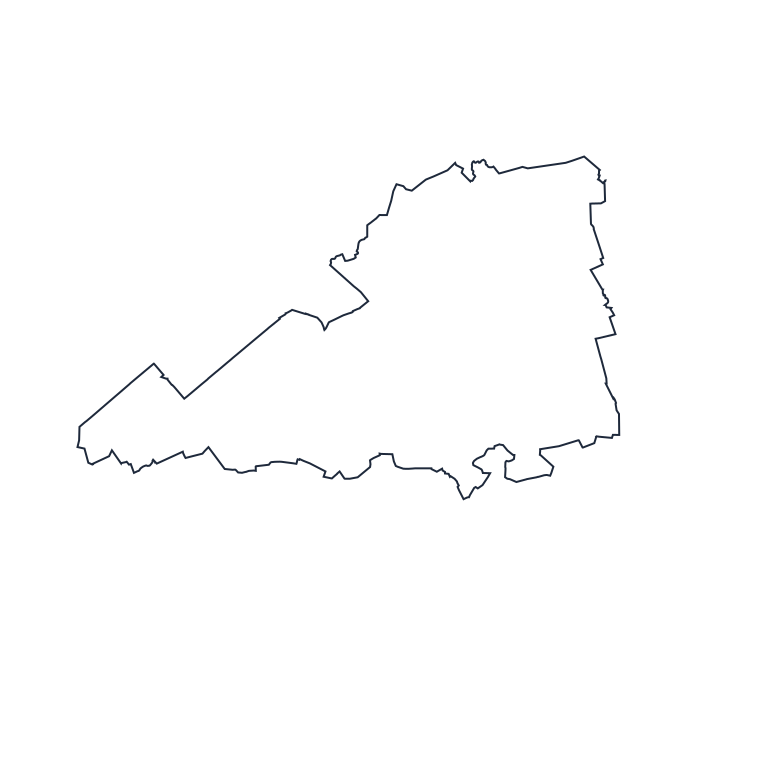 Platones pag., Jelgava, Latvia (Mercator projection), rotated 239°
{"feature_id": "27541924B52007351814960", "entity_name": "Platones pag.", "entity_type": "district", "adm_level": 2, "iso_a3": "LVA", "parent_name": "Latvia", "parent_adm1": "Jelgava", "projection": "mercator", "projection_center": [23.71, 56.549], "detail": "fine", "context": "isolated", "style": "outline", "palette": "slate", "viewbox_px": 768, "rotation_deg": 239, "n_neighbors": 0, "source": "geoboundaries", "source_scale": "gbopen_adm2", "svg_char_len": 6099}
<svg xmlns="http://www.w3.org/2000/svg" viewBox="0 0 768 768"><g transform="rotate(239 384 384)"><path d="M514.0,589.8L514.0,589.0L514.3,588.0L515.4,586.1L516.3,585.3L517.3,585.0L518.7,585.1L519.5,584.4L520.5,584.6L521.4,585.3L523.0,585.5L524.9,584.8L524.9,584.6L525.0,584.3L525.1,583.8L525.2,583.7L525.2,582.5L524.6,581.2L524.4,580.5L524.5,579.9L524.7,579.5L525.5,579.7L526.0,579.6L526.5,578.8L526.5,577.7L526.4,576.6L526.8,576.1L527.3,575.8L528.3,575.9L528.7,575.6L528.7,574.8L528.3,573.8L527.2,572.7L526.7,572.2L525.4,571.7L522.9,569.9L522.3,569.7L520.9,570.2L520.2,570.2L518.6,568.7L518.0,568.5L517.6,568.5L516.2,569.1L514.9,569.1L514.6,568.5L514.5,568.1L513.9,566.6L513.1,565.6L512.9,565.2L512.7,564.1L513.3,563.4L513.6,563.1L513.7,562.8L513.3,562.3L525.1,559.4L527.9,562.7L534.5,558.6L536.9,558.9L534.5,548.6L534.5,548.3L536.4,533.2L537.6,525.5L537.6,524.8L535.4,507.4L539.6,503.2L543.6,502.5L548.8,497.6L548.6,497.3L544.4,491.2L537.4,484.6L532.4,479.0L527.3,473.5L531.2,467.1L530.0,462.8L529.1,455.4L528.9,453.0L528.7,451.4L518.9,445.5L518.8,444.4L519.0,443.4L518.3,441.7L519.1,439.0L519.1,437.3L518.8,436.2L518.1,435.1L517.2,434.2L513.2,431.0L512.9,430.5L512.6,429.7L511.7,428.9L510.4,429.4L510.1,429.4L509.5,429.1L509.2,428.4L509.4,427.0L509.4,426.5L509.6,425.7L507.0,424.9L506.9,422.5L508.4,416.4L509.5,414.1L516.7,415.1L517.1,413.7L517.0,412.4L517.9,409.5L517.9,408.4L517.4,407.5L516.8,406.8L516.8,406.0L517.0,405.4L517.5,404.9L518.0,403.7L517.8,402.6L516.8,401.5L515.7,401.4L514.3,400.3L513.7,399.0L483.4,408.4L479.7,409.8L474.6,411.5L463.1,413.1L461.6,402.3L461.4,402.2L461.9,399.9L462.5,395.2L462.3,395.2L461.9,394.0L462.0,393.3L461.9,393.3L462.0,392.5L462.6,390.4L463.8,384.7L464.0,382.8L464.7,374.7L465.3,368.8L465.1,368.2L462.0,363.5L461.3,361.9L461.0,360.7L461.6,360.8L464.0,361.6L469.0,362.2L475.2,361.0L482.1,355.1L482.3,355.2L483.3,354.4L483.3,354.1L483.7,353.7L484.3,353.5L484.8,353.1L484.6,352.6L494.9,343.4L494.8,342.4L494.9,338.6L495.1,336.5L495.3,336.1L494.7,335.7L494.5,335.2L494.5,334.0L494.6,328.2L493.5,328.3L491.5,313.7L491.3,312.9L488.8,296.8L484.1,266.9L484.0,266.5L480.9,247.1L480.9,246.8L479.2,236.1L478.9,235.2L477.7,227.2L474.8,209.1L474.3,205.2L489.4,202.7L492.3,202.0L492.6,201.6L499.3,200.7L500.1,201.2L501.0,199.8L504.7,196.7L505.3,199.7L519.7,197.3L520.0,197.2L520.0,196.9L515.3,167.1L515.0,165.9L508.5,128.0L507.4,121.7L505.4,109.5L505.4,108.8L505.1,106.8L504.1,100.9L492.8,93.7L487.8,88.8L482.9,94.0L468.8,90.0L465.2,92.5L465.1,93.2L465.6,93.3L463.7,111.2L467.3,116.6L451.2,117.7L451.5,118.1L450.0,122.6L449.9,123.4L446.2,123.9L445.8,125.7L436.6,123.9L436.2,127.8L435.9,128.8L436.0,129.8L436.4,130.4L437.0,131.7L437.2,133.2L437.3,134.9L437.1,136.5L436.7,138.2L435.7,139.0L435.0,140.3L434.8,140.9L434.8,141.5L435.4,143.2L436.1,145.0L436.5,145.5L437.5,146.1L438.0,147.1L435.2,147.7L435.3,147.6L434.6,147.4L434.5,147.8L432.8,148.2L429.6,176.7L428.1,176.2L424.2,175.8L422.8,175.8L421.0,181.9L417.8,192.5L418.9,195.8L420.3,201.0L393.2,203.7L389.0,209.3L388.4,210.1L387.3,212.3L386.6,212.7L383.3,213.4L381.0,216.6L380.0,219.9L379.7,220.6L379.2,223.1L379.0,223.7L376.9,227.8L375.6,229.4L379.3,231.5L379.4,231.8L379.4,232.0L377.9,235.3L374.1,243.7L375.1,246.2L375.1,246.5L375.1,246.9L375.0,247.3L373.5,250.4L371.3,254.3L370.1,256.1L366.0,261.3L362.9,265.2L360.7,267.8L361.4,268.6L363.3,270.4L363.9,271.2L362.6,272.4L363.0,273.1L359.6,275.4L354.1,279.6L339.2,288.8L335.6,284.5L330.1,290.4L329.9,290.7L330.7,294.9L331.1,297.4L331.3,297.6L331.9,300.9L323.3,301.4L323.0,301.6L320.4,305.9L317.6,313.4L320.0,329.3L322.2,331.1L325.8,332.7L325.9,333.7L325.9,337.0L325.1,343.7L326.6,344.4L325.5,345.6L319.5,355.0L312.6,352.6L307.7,351.9L306.0,353.1L301.5,356.9L300.8,357.9L298.8,361.1L296.8,365.0L295.8,367.0L291.1,374.9L287.3,381.2L286.6,380.9L286.4,381.0L281.6,384.1L281.5,390.2L279.6,389.7L277.2,391.0L275.9,390.2L273.7,393.1L270.5,392.7L270.7,393.6L266.4,395.7L262.9,396.3L261.2,395.9L258.5,395.8L257.9,394.1L254.5,393.6L244.3,392.9L243.9,396.7L243.4,398.4L243.2,398.6L244.5,400.4L248.5,407.8L248.5,409.5L246.2,410.6L246.6,416.4L251.0,425.7L251.2,425.9L252.9,429.0L256.8,422.9L258.6,423.4L260.2,423.6L260.7,423.5L264.2,421.5L268.4,418.8L270.4,419.5L270.9,420.1L271.7,421.7L272.1,425.2L271.7,429.2L271.5,430.0L271.3,432.4L271.5,433.5L274.2,437.8L274.8,440.2L271.9,445.1L273.8,446.8L273.2,449.6L272.8,451.9L272.4,452.1L270.3,454.6L263.4,455.6L256.8,458.0L256.0,459.2L252.8,456.8L252.8,456.6L252.7,454.1L253.4,451.1L255.0,449.3L254.4,447.8L250.3,445.1L249.4,444.9L247.2,443.5L241.8,439.8L239.3,440.9L237.6,442.9L231.8,447.0L228.9,457.2L228.9,457.4L225.5,466.6L225.1,468.2L224.9,468.4L223.3,474.3L222.4,476.3L222.0,476.9L219.8,479.2L221.5,481.5L225.9,486.6L242.3,481.6L243.0,481.1L246.5,483.6L247.7,484.2L240.6,501.9L235.7,521.6L235.3,522.0L227.4,521.5L227.1,521.7L225.0,533.8L229.4,538.7L229.6,538.7L229.7,539.2L227.9,541.4L220.4,551.6L222.5,554.0L219.2,559.4L237.3,570.0L241.6,569.8L247.8,572.3L248.2,573.1L251.9,573.8L253.8,573.7L253.4,573.0L270.2,574.3L269.8,575.1L274.4,577.5L293.4,583.0L295.9,583.6L313.8,588.7L312.9,591.1L307.5,608.1L325.0,611.8L324.4,616.7L327.3,616.9L331.5,616.7L332.1,618.1L335.0,614.3L337.5,614.6L337.9,614.1L338.1,615.5L338.2,616.8L338.4,617.6L338.7,618.2L339.3,618.7L339.7,618.9L341.6,619.4L342.9,619.1L343.1,618.9L343.3,618.4L343.8,618.1L344.0,618.1L345.2,618.8L346.3,619.2L346.5,619.1L346.3,618.6L346.7,617.9L346.9,617.8L347.3,617.9L347.9,618.3L349.0,618.3L351.5,619.7L352.1,620.4L352.4,619.9L353.2,619.8L375.4,619.9L373.8,633.2L379.5,633.9L379.1,636.8L392.6,639.9L407.7,643.3L408.7,643.5L409.0,643.8L410.5,644.4L412.1,644.3L414.0,643.8L414.7,643.9L432.3,653.7L431.6,655.1L427.1,663.0L426.9,667.7L441.9,676.1L443.2,675.4L443.8,678.0L444.4,678.6L444.5,678.3L444.2,678.0L444.0,677.5L443.6,675.1L446.1,674.3L447.6,673.6L447.8,673.8L449.1,672.8L449.8,674.1L451.6,676.2L452.1,675.5L453.0,675.6L453.6,676.6L454.3,677.1L456.1,678.2L456.3,679.2L475.9,672.7L476.6,669.2L478.5,660.1L480.0,653.7L494.8,618.3L498.8,614.5L499.6,611.1L505.0,591.6L505.3,591.0L510.5,590.2L510.9,590.3L514.0,589.8Z" fill="none" stroke="#1e293b" stroke-width="2"/></g></svg>